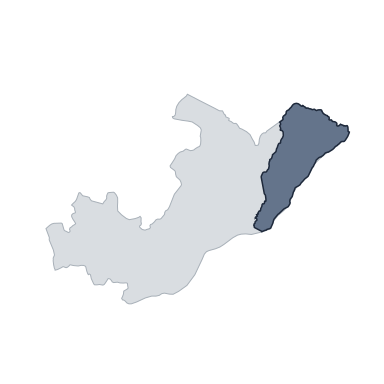 where Likouala sits in Republic of the Congo, rotated 27°
{"feature_id": "COG-2838", "entity_name": "Likouala", "entity_type": "Region", "adm_level": 1, "iso_a3": "COG", "parent_name": "Republic of the Congo", "parent_adm1": "", "projection": "orthographic", "projection_center": [17.352, 1.476], "detail": "fine", "context": "in_parent", "style": "filled", "palette": "slate", "viewbox_px": 384, "rotation_deg": 27, "n_neighbors": 0, "source": "natural_earth", "source_scale": "10m", "svg_char_len": 8286}
<svg xmlns="http://www.w3.org/2000/svg" viewBox="0 0 384 384"><g transform="rotate(27 192 192)"><path d="M78.5,290.9L80.3,286.3L81.6,284.1L83.2,282.6L89.7,279.0L90.7,279.1L95.2,283.9L96.6,284.3L98.2,284.1L100.1,284.3L101.0,283.4L101.2,282.2L99.8,280.8L99.6,279.3L100.5,277.8L101.1,276.0L102.5,273.9L102.6,272.9L101.1,271.9L98.1,270.2L96.0,268.6L95.2,267.1L95.8,265.2L97.4,263.6L97.3,262.8L95.8,261.4L94.8,259.8L93.6,258.9L90.6,258.3L91.2,256.3L92.3,253.3L92.5,251.0L91.7,245.0L91.7,243.9L92.6,243.4L94.4,244.1L96.2,245.0L101.2,243.7L103.0,243.5L104.4,244.6L106.4,245.5L117.9,243.1L118.1,240.5L118.8,238.2L118.9,236.5L118.4,235.4L117.8,234.5L117.5,232.8L117.5,230.9L118.6,230.0L122.2,227.8L123.4,227.9L126.0,229.1L128.4,231.0L130.5,235.0L132.0,238.4L134.4,242.6L139.5,244.3L145.5,245.4L148.7,245.1L153.3,241.6L156.0,238.8L156.8,237.3L158.4,238.1L160.1,241.7L161.2,243.1L161.5,244.5L160.7,246.2L161.5,247.2L164.7,248.0L167.5,247.3L168.8,245.8L170.9,243.9L171.0,242.3L169.8,241.2L169.8,239.8L171.0,238.6L172.1,235.5L172.5,233.2L173.6,231.8L175.7,230.8L176.5,229.8L177.7,224.4L177.0,222.5L177.0,220.9L178.4,218.8L178.6,215.4L177.3,202.0L179.4,191.3L179.2,190.0L177.7,188.3L175.8,186.8L171.1,185.5L169.3,183.5L167.9,181.4L166.9,180.8L161.7,179.9L160.6,178.7L161.0,175.3L161.5,170.3L161.3,166.8L162.2,163.9L163.3,161.8L165.6,159.6L166.8,156.9L167.5,156.3L171.8,155.9L173.4,154.8L174.6,153.6L175.2,152.1L176.6,149.7L178.0,148.0L178.1,146.8L177.8,145.2L176.5,142.1L175.0,139.5L174.0,138.6L172.1,132.5L170.3,131.0L166.8,130.2L160.3,129.5L156.4,130.6L150.4,132.7L142.9,134.9L141.1,134.7L140.3,133.7L141.5,132.9L142.1,131.1L141.3,128.4L140.2,126.0L139.5,122.5L139.8,118.3L141.0,114.3L143.4,109.1L143.5,107.0L158.0,107.1L173.6,107.1L179.5,107.2L182.4,105.9L185.1,107.9L186.5,108.4L186.9,108.2L188.0,109.7L191.4,109.5L191.9,109.8L192.2,111.6L195.3,111.5L196.9,111.9L198.2,111.9L200.0,110.9L201.3,111.2L203.7,112.5L205.4,113.6L207.8,113.3L213.3,113.5L217.6,114.5L221.8,117.5L224.7,119.3L227.2,121.8L228.2,121.3L229.6,120.3L229.5,118.2L228.1,114.5L227.5,111.3L227.9,108.7L228.9,106.9L230.8,105.8L231.0,103.8L239.7,86.8L239.4,84.8L239.6,81.9L240.0,78.6L239.9,76.7L240.5,75.3L242.8,67.6L244.0,66.3L245.9,65.4L248.6,65.4L255.8,64.8L262.6,63.5L264.8,63.0L269.0,60.9L270.6,60.8L272.0,61.6L280.2,64.0L282.4,64.9L283.2,64.7L284.5,64.9L286.4,65.0L288.2,64.7L289.4,65.0L290.9,66.5L291.9,66.3L293.2,65.2L295.7,64.0L300.4,62.8L301.2,63.3L302.8,66.2L304.5,67.1L304.9,72.4L300.9,83.9L292.5,99.4L288.2,111.6L288.3,120.5L287.8,126.1L286.4,129.5L283.1,138.7L282.6,146.7L283.8,156.3L282.7,165.5L279.2,174.2L277.7,181.1L278.6,189.3L272.2,196.1L264.2,202.9L259.0,204.9L255.0,207.2L252.1,209.8L249.1,214.3L244.3,224.1L241.8,228.4L238.6,232.0L233.7,236.5L232.0,238.6L231.2,241.7L231.6,247.3L232.1,264.4L229.9,277.5L225.2,286.6L221.6,291.7L218.1,293.3L213.4,294.6L211.2,296.3L209.8,298.9L207.2,301.1L203.4,303.0L198.5,307.6L192.7,315.0L188.7,319.2L186.5,320.3L184.3,320.4L182.0,319.5L180.1,319.3L179.1,319.7L177.6,318.7L177.6,317.0L177.3,314.2L176.2,311.3L178.7,307.2L178.5,306.3L177.3,304.8L175.9,302.7L174.6,302.8L172.0,304.4L169.1,305.7L166.5,306.2L163.3,308.3L161.6,308.3L160.6,307.5L158.4,306.7L157.2,307.0L156.6,307.3L156.1,312.3L155.7,314.4L154.9,315.4L151.6,316.4L149.4,317.9L147.5,318.9L146.3,318.6L141.6,314.9L139.1,311.8L137.6,311.7L137.2,312.7L136.4,312.3L134.1,310.2L131.4,307.0L130.4,306.5L128.9,306.6L126.5,307.7L124.2,309.6L119.9,311.3L116.4,312.2L116.1,313.4L115.3,315.4L114.2,316.6L111.0,317.0L109.9,318.8L107.3,322.2L105.5,323.8L105.0,323.1L103.9,322.3L101.7,319.6L99.5,316.3L98.9,314.8L98.3,313.9L98.1,310.6L94.8,306.6L86.5,299.5L85.6,297.4L78.5,290.9Z" fill="#d9dde1" stroke="#a8b0b8" stroke-width="1"/><path d="M305.0,67.2L305.2,68.0L305.5,71.8L305.1,76.2L304.9,76.9L304.8,77.3L304.6,77.8L304.1,78.2L303.1,78.7L302.4,79.1L302.0,79.7L301.0,82.7L300.6,83.4L300.4,83.7L300.3,84.4L300.2,84.7L299.6,85.5L298.9,87.0L298.8,87.5L298.7,88.3L298.0,90.3L295.6,94.3L295.5,94.5L295.2,94.6L293.5,96.2L293.1,96.7L292.9,97.2L292.5,99.0L292.3,99.6L292.1,100.2L291.7,100.7L291.3,101.8L291.0,102.2L290.5,102.4L290.4,102.7L289.6,103.6L289.4,103.9L288.2,107.1L288.2,107.6L288.4,108.5L288.5,109.4L288.4,112.3L288.5,113.7L288.5,114.2L288.4,114.7L288.1,115.7L288.1,116.3L288.3,125.0L288.2,125.6L286.4,129.5L286.3,130.1L286.1,131.2L285.1,134.6L285.0,136.5L284.7,137.1L283.5,139.2L282.8,140.0L282.2,141.1L282.0,141.8L282.4,143.9L282.4,146.3L283.3,150.2L283.3,151.0L282.8,153.4L282.8,154.2L283.0,155.0L283.6,156.4L284.0,156.7L284.4,157.1L284.5,157.7L284.6,158.3L284.4,161.2L284.2,161.7L281.6,165.3L279.3,171.8L278.7,172.9L277.5,178.6L277.4,179.3L277.5,180.1L278.2,183.1L278.5,188.5L278.2,188.8L277.8,189.4L275.9,191.2L275.7,191.4L275.6,191.7L275.5,192.1L275.4,192.3L275.0,192.6L274.6,193.0L274.0,193.5L272.3,195.6L272.2,195.5L271.9,195.4L264.2,195.3L263.7,195.2L263.4,195.0L263.1,194.7L263.0,194.1L262.8,193.9L262.6,193.7L262.4,193.6L262.2,193.6L261.9,192.4L261.9,192.0L262.3,191.5L262.2,191.1L261.8,189.8L261.8,189.6L262.4,188.2L262.6,187.6L262.3,187.0L261.9,186.6L261.3,186.1L260.7,186.1L260.3,186.7L260.0,186.0L260.2,185.2L261.2,183.8L260.7,183.3L260.1,183.2L259.8,182.9L260.9,181.7L260.9,181.4L260.4,181.3L260.3,181.1L260.4,178.8L260.6,178.3L261.1,178.2L261.4,177.9L261.4,177.2L261.0,176.1L260.8,175.5L260.8,173.5L260.7,172.9L260.2,171.5L260.2,170.9L260.3,170.5L260.6,170.3L261.0,170.2L261.3,170.0L261.5,169.6L261.6,169.4L261.5,169.1L261.3,168.3L261.0,167.6L261.0,167.4L261.1,167.0L261.3,167.0L261.6,167.1L261.8,166.9L261.9,166.6L261.9,166.4L261.1,164.8L259.0,161.7L258.5,161.3L257.2,160.7L247.1,147.6L246.8,147.1L246.6,146.6L246.5,145.8L246.4,142.7L246.5,142.3L246.7,142.1L247.0,141.7L247.3,141.5L247.5,141.3L248.2,141.0L248.7,140.7L248.9,140.5L249.0,140.3L249.1,140.1L249.2,139.8L249.2,138.3L249.3,137.8L249.4,137.5L249.6,137.2L249.6,136.8L249.6,136.2L248.9,133.6L248.6,133.2L248.4,132.9L248.2,132.7L247.8,132.0L247.2,130.2L247.1,129.8L247.1,129.3L247.2,129.0L247.2,128.7L246.7,128.2L246.6,127.9L246.7,127.6L246.8,127.4L246.9,127.2L247.4,126.6L247.5,126.4L247.6,126.1L247.6,125.8L247.2,123.3L246.9,122.5L246.8,122.2L246.9,121.9L247.2,121.4L248.4,118.2L248.4,117.9L248.4,117.5L248.2,116.9L247.8,115.4L247.7,115.1L247.7,114.8L247.8,114.2L247.7,113.0L247.5,112.3L247.3,110.4L247.3,109.9L247.4,109.4L247.5,109.2L247.8,108.8L248.2,108.6L248.4,108.5L248.5,108.3L248.5,108.1L248.4,107.5L248.1,107.0L247.8,106.1L247.7,104.6L248.0,102.7L247.9,101.7L247.9,101.0L247.8,100.6L247.7,100.2L246.2,97.6L246.0,97.3L245.8,97.1L245.3,96.8L244.2,96.4L244.0,96.5L243.7,96.5L243.0,96.8L242.8,96.8L242.6,96.8L242.5,96.7L242.4,96.6L242.4,95.8L242.3,95.5L242.2,95.2L241.1,94.0L240.8,93.8L240.6,93.7L240.3,93.4L240.1,93.2L240.1,92.6L240.1,92.3L240.2,92.0L240.3,91.8L240.2,91.5L240.0,91.1L239.6,90.5L238.8,90.1L238.4,89.9L239.1,88.5L240.0,86.6L240.1,85.9L239.8,85.3L239.4,84.9L239.0,84.3L239.0,82.9L240.1,80.7L240.3,79.6L240.1,78.9L239.8,78.3L239.5,77.7L239.6,76.9L239.9,76.2L241.0,74.8L241.1,74.1L241.2,73.4L241.9,71.5L242.2,68.9L242.7,67.6L243.6,66.5L244.8,65.6L246.3,65.2L247.0,65.2L247.6,65.2L250.1,65.8L250.7,65.8L251.3,65.5L251.4,65.3L251.3,64.9L251.3,64.7L251.8,64.6L252.0,64.7L252.6,64.9L252.9,65.0L253.7,64.9L254.0,64.9L254.3,65.1L254.6,65.3L254.8,65.5L255.2,65.4L255.4,65.3L255.9,65.4L256.0,65.3L256.3,65.2L256.6,64.9L256.8,64.8L257.3,64.6L257.6,64.5L258.4,64.6L258.8,64.5L259.7,64.2L260.1,64.1L261.3,64.1L261.7,64.0L262.2,63.8L262.5,63.5L262.8,63.2L263.2,62.8L263.6,62.7L264.0,62.7L264.8,63.0L265.9,62.9L266.5,62.3L267.1,61.6L268.3,60.9L268.7,60.7L269.2,60.4L269.6,60.2L270.3,60.3L270.5,60.4L270.6,60.8L270.7,61.0L271.2,61.0L271.3,61.1L272.4,62.0L273.5,62.5L274.7,62.7L277.2,62.7L277.4,62.6L277.7,62.5L278.0,62.5L278.4,62.9L278.6,63.0L278.9,63.0L279.5,62.9L279.8,62.9L280.2,63.2L280.6,63.7L280.9,64.2L281.0,64.8L281.2,65.3L281.7,65.4L282.3,65.2L283.4,64.6L283.6,64.5L284.8,65.3L285.1,65.4L285.5,65.3L286.4,64.9L287.5,64.6L288.5,64.6L289.6,64.9L290.1,65.4L290.5,66.7L290.9,67.1L291.5,67.2L292.2,66.9L292.7,66.4L293.0,65.9L293.2,65.6L293.4,64.6L293.5,64.2L293.8,64.2L294.0,64.2L294.4,64.2L296.8,64.0L297.0,64.1L297.3,64.2L297.5,64.2L297.8,63.7L298.2,63.5L298.8,63.6L299.0,63.5L299.6,62.9L299.9,62.5L300.3,62.5L301.1,63.1L301.6,63.7L302.8,65.7L303.3,66.8L303.7,67.2L305.0,67.2Z" fill="#64748b" stroke="#1e293b" stroke-width="1.5"/></g></svg>